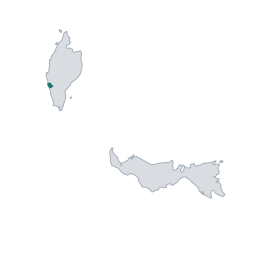 location of Alor Gajah, Melaka, Malaysia, rotated 42°
{"feature_id": "92858781B21202151512611", "entity_name": "Alor Gajah", "entity_type": "district", "adm_level": 2, "iso_a3": "MYS", "parent_name": "Malaysia", "parent_adm1": "Melaka", "projection": "mercator", "projection_center": [102.174, 2.385], "detail": "fine", "context": "in_parent", "style": "filled", "palette": "teal", "viewbox_px": 256, "rotation_deg": 42, "n_neighbors": 0, "source": "geoboundaries", "source_scale": "gbopen_adm2", "svg_char_len": 4438}
<svg xmlns="http://www.w3.org/2000/svg" viewBox="0 0 256 256"><g transform="rotate(42 128 128)"><path d="M224.7,127.3L223.2,127.1L221.1,125.8L219.0,125.3L213.0,125.3L212.1,124.9L210.9,125.7L208.8,125.0L207.5,125.1L206.2,125.9L204.3,125.2L203.4,126.3L202.1,127.1L200.8,130.1L200.5,133.7L200.8,136.0L200.2,137.2L199.9,139.8L199.5,140.9L197.7,141.3L197.0,141.0L195.4,142.5L195.1,143.2L195.0,145.6L196.2,146.4L196.2,147.0L193.7,149.0L191.5,150.2L191.2,151.3L192.0,153.4L191.7,154.5L190.5,155.0L189.7,157.8L188.6,159.5L188.2,159.7L186.7,159.1L181.0,159.9L179.3,161.4L177.6,162.3L176.3,161.4L175.7,161.5L170.3,159.9L170.1,158.6L169.6,158.3L164.0,158.4L160.5,159.9L159.3,163.4L157.4,163.7L156.1,165.0L153.7,164.8L152.2,165.1L149.8,164.6L147.6,164.5L140.6,166.7L138.3,165.1L131.4,158.9L130.4,157.8L130.2,155.8L129.4,155.5L129.2,155.0L129.0,154.4L130.1,152.9L131.2,154.9L132.9,156.0L135.9,156.8L138.7,156.5L142.6,158.6L143.8,158.9L145.2,158.8L147.6,160.3L149.1,160.4L147.1,159.3L146.8,158.5L147.0,157.6L148.3,156.3L148.5,154.4L149.4,152.4L149.6,151.5L148.9,150.8L148.8,149.7L149.3,148.0L150.6,148.8L151.7,148.6L151.7,145.6L152.5,144.3L153.9,143.4L167.1,140.4L169.3,139.7L170.8,138.8L175.5,132.4L181.2,126.5L182.0,124.3L182.0,122.8L182.3,122.5L182.9,122.3L184.2,123.1L184.8,123.7L186.0,126.2L187.1,126.3L188.9,128.8L189.4,129.1L189.9,128.9L191.4,127.3L191.8,126.2L191.5,126.0L192.1,124.7L191.5,123.8L191.0,120.8L194.4,118.6L194.4,121.1L195.3,124.7L197.0,125.2L197.8,125.0L197.4,123.9L197.2,121.8L196.8,120.4L195.7,118.6L198.5,118.2L200.6,116.3L201.0,115.1L199.6,114.4L199.1,113.5L199.0,112.5L201.2,110.2L201.5,110.9L202.9,111.0L203.5,111.0L204.5,110.1L205.0,108.7L206.7,106.9L207.6,103.9L211.8,99.2L215.2,93.6L215.9,94.1L216.1,95.6L215.3,98.2L216.8,97.6L219.4,93.9L220.9,94.4L220.8,95.5L221.3,97.4L225.5,99.8L226.1,102.2L225.2,103.1L225.5,105.4L225.2,106.2L223.8,106.8L227.6,106.2L229.8,104.8L231.1,107.1L229.0,108.0L229.4,109.0L231.5,108.4L232.7,107.6L234.0,107.8L235.9,108.7L236.4,109.2L236.8,110.3L238.2,110.7L241.1,112.3L243.8,112.3L244.7,113.0L244.6,115.0L243.2,116.2L237.7,117.8L236.3,117.8L234.3,117.2L232.8,117.5L232.0,119.5L233.6,121.4L236.4,123.4L236.8,123.9L236.3,124.8L229.8,126.4L228.5,126.2L226.1,125.3L224.7,127.3ZM16.9,100.2L17.6,97.4L18.6,97.3L19.6,98.9L23.0,100.1L24.0,99.7L24.5,99.9L25.0,100.4L25.9,102.5L28.1,102.6L28.3,106.0L27.3,107.3L27.2,108.2L28.8,109.8L29.7,109.4L30.5,108.0L34.0,106.6L35.5,108.1L36.8,108.1L37.8,107.5L38.6,105.7L40.0,104.3L40.5,102.6L42.6,103.0L43.4,103.4L45.7,107.1L48.7,109.7L51.0,111.1L52.4,112.5L56.2,119.2L56.6,121.4L56.8,124.7L56.2,129.6L55.5,132.1L55.7,133.3L56.6,135.1L56.3,136.8L56.5,142.1L57.6,144.0L60.9,146.3L65.7,156.5L66.6,159.4L66.1,160.5L65.2,160.8L64.5,160.2L64.0,158.8L62.9,157.7L63.0,159.7L60.9,159.4L59.5,159.7L57.8,161.1L56.9,161.2L55.5,158.6L50.0,155.7L48.0,154.9L45.8,152.7L41.1,150.2L38.0,147.8L36.7,146.4L33.6,145.0L32.3,143.5L30.9,142.6L31.6,141.1L31.0,138.3L28.8,135.7L27.7,133.8L25.7,132.0L24.0,129.8L25.0,129.1L23.4,126.7L22.8,124.9L22.8,121.6L21.2,116.9L19.7,110.4L20.0,108.1L19.6,105.6L16.9,100.2ZM219.5,91.5L218.8,92.1L218.6,90.4L219.6,89.4L221.0,89.3L221.0,90.8L220.7,91.3L219.5,91.5ZM13.7,99.9L14.6,101.2L13.9,101.9L13.4,101.7L12.5,102.3L11.4,101.1L11.3,100.4L12.5,100.6L13.7,99.9ZM151.1,148.2L150.7,148.4L150.1,148.0L150.0,144.4L150.4,144.0L150.9,144.7L151.1,148.2ZM19.6,112.5L18.7,114.2L17.8,114.0L17.9,112.1L18.4,111.8L19.6,112.5ZM228.4,127.1L226.7,127.4L225.6,127.3L225.7,126.4L226.3,126.2L228.4,127.1ZM65.8,144.5L64.9,144.5L64.7,144.1L65.3,142.8L65.8,144.5ZM31.2,141.4L30.6,141.6L30.7,140.9L31.1,140.5L31.2,141.4Z" fill="#d9dde1" stroke="#a8b0b8" stroke-width="1"/><path d="M39.7,147.9L39.7,148.0L39.5,148.3L39.4,148.3L39.2,148.4L39.1,148.5L38.9,148.6L39.0,148.6L39.0,148.8L39.3,148.8L39.5,148.8L39.7,149.0L39.8,149.0L40.0,149.1L40.1,149.3L40.2,149.5L40.3,149.7L40.8,149.7L41.1,149.7L41.3,149.6L41.5,149.5L41.6,149.4L41.8,149.5L42.0,149.5L42.2,149.4L42.2,149.2L42.3,149.2L42.4,149.3L42.4,149.5L42.3,149.8L42.2,149.9L42.4,150.0L42.4,149.9L42.5,149.9L42.8,149.8L42.9,149.7L43.0,149.7L43.3,149.6L43.4,149.4L43.4,149.2L43.5,149.0L43.5,148.9L43.6,148.7L43.5,148.4L43.4,148.2L43.5,147.9L43.7,147.7L43.7,147.4L43.1,147.5L42.6,147.7L42.1,147.6L41.8,147.5L41.7,147.5L41.7,147.4L41.4,147.2L41.0,147.7L40.8,147.7L40.4,147.9L40.2,147.8L40.2,147.7L40.1,147.8L40.1,148.0L39.9,148.0L39.7,148.1L39.8,148.0L39.7,147.9Z" fill="#14b8a6" stroke="#0f766e" stroke-width="1.5"/></g></svg>